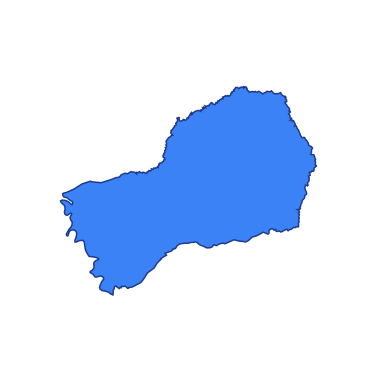 Bugalagrande, Valle del Cauca, Colombia, rotated 302°
{"feature_id": "7082276B64894766259605", "entity_name": "Bugalagrande", "entity_type": "district", "adm_level": 2, "iso_a3": "COL", "parent_name": "Colombia", "parent_adm1": "Valle del Cauca", "projection": "mercator", "projection_center": [-76.061, 4.201], "detail": "fine", "context": "isolated", "style": "filled", "palette": "blue", "viewbox_px": 384, "rotation_deg": 302, "n_neighbors": 0, "source": "geoboundaries", "source_scale": "gbopen_adm2", "svg_char_len": 6066}
<svg xmlns="http://www.w3.org/2000/svg" viewBox="0 0 384 384"><g transform="rotate(302 192 192)"><path d="M213.2,296.0L216.0,297.0L216.4,298.3L217.7,298.8L218.6,300.5L219.2,300.7L221.7,299.0L223.9,298.4L225.2,296.9L226.6,296.9L227.4,295.7L229.7,295.0L230.1,294.6L230.4,293.4L231.9,293.8L232.9,292.5L232.9,290.6L234.5,292.5L235.2,292.7L235.8,292.4L236.3,291.5L237.5,291.6L239.3,290.9L241.1,290.8L243.2,290.0L246.5,290.6L248.9,289.5L250.8,290.4L251.9,289.7L254.9,285.8L257.1,284.7L257.7,284.6L258.2,284.9L258.4,286.7L259.1,286.9L260.9,285.1L263.7,285.3L265.0,284.3L265.8,284.2L267.2,282.4L268.7,283.4L270.9,281.1L271.2,281.2L271.3,282.2L273.7,282.7L273.6,283.6L274.2,284.0L275.2,283.9L276.8,282.8L280.1,283.7L280.8,281.7L282.6,281.1L283.7,279.8L285.2,279.4L285.9,278.2L287.9,276.2L288.0,275.1L286.9,273.4L286.9,272.6L289.1,272.2L291.1,271.0L293.1,271.0L293.7,269.2L293.5,266.2L294.9,264.9L296.1,262.8L296.9,260.0L297.8,258.7L297.7,258.1L296.6,256.9L296.5,256.3L297.2,254.6L301.2,249.0L301.4,247.8L303.2,245.5L303.2,244.9L302.5,244.1L303.5,244.1L304.3,243.5L306.2,240.4L306.2,240.1L305.2,239.6L306.3,238.3L305.2,237.3L306.7,237.5L307.3,237.2L307.0,235.7L308.9,234.3L309.4,232.5L312.0,233.0L312.4,232.4L312.2,231.2L313.1,231.3L314.5,230.3L315.2,227.4L316.1,226.0L316.5,224.3L317.0,223.6L317.7,223.3L318.4,224.2L319.1,224.3L320.4,223.0L321.0,221.1L321.3,220.9L322.1,221.4L322.6,220.6L321.9,218.9L321.8,217.7L322.4,215.6L323.3,214.5L321.5,213.4L319.2,210.4L319.0,208.7L319.9,205.8L318.3,205.0L317.0,202.0L315.3,201.7L314.5,200.8L312.8,200.1L312.8,195.2L311.1,194.2L310.6,193.1L310.8,192.3L309.8,191.7L309.5,190.5L308.8,189.5L308.0,189.0L307.6,188.1L307.1,187.7L307.4,187.4L307.2,186.9L307.5,186.4L307.6,185.0L308.6,184.1L308.6,183.5L309.1,183.5L309.7,181.8L309.0,181.6L309.0,180.9L307.7,180.7L308.5,179.9L307.0,178.9L307.1,178.2L306.0,177.3L305.0,177.4L304.5,176.7L304.9,175.3L303.6,173.5L302.7,173.9L300.8,173.2L300.0,174.3L299.1,173.4L298.1,172.8L297.8,172.8L297.3,173.5L296.5,172.7L295.2,173.3L293.6,173.0L293.1,172.3L292.7,172.3L292.8,171.3L292.5,170.9L291.6,170.5L291.5,170.0L290.6,169.6L291.2,169.6L291.3,169.3L290.0,168.8L288.7,167.7L287.6,168.8L287.3,168.0L286.1,167.8L285.7,167.0L285.1,166.7L283.6,166.8L283.2,165.7L281.1,166.4L280.6,166.1L280.9,165.1L280.7,164.9L278.3,165.2L277.6,163.3L278.3,162.4L278.0,161.8L278.0,161.0L274.9,160.4L274.3,160.9L272.9,159.1L272.1,158.9L271.9,157.4L270.7,158.8L270.6,158.0L269.6,157.9L269.9,157.0L269.1,157.5L268.8,157.4L268.8,156.5L267.9,157.5L267.4,157.4L266.3,156.0L265.1,156.8L264.8,154.5L262.5,152.2L260.3,151.2L258.8,151.0L259.3,149.4L258.2,149.3L257.5,150.8L257.0,150.5L257.2,149.9L256.9,149.2L255.8,149.5L254.5,149.3L252.9,149.9L252.4,149.7L252.8,149.0L252.5,148.7L251.7,148.9L249.4,148.6L249.2,148.3L249.2,146.7L248.6,146.8L248.3,146.0L247.5,145.9L246.0,144.9L245.9,144.1L246.6,142.6L248.3,141.7L248.1,141.2L246.6,140.1L246.3,140.8L244.5,142.2L241.7,141.8L241.5,142.3L241.1,142.4L240.7,142.9L239.3,142.6L238.9,142.2L237.1,142.5L236.2,142.2L234.2,142.3L233.2,141.6L232.5,142.3L231.3,142.4L230.5,143.2L229.9,145.5L229.3,144.7L227.5,144.4L225.9,143.4L221.3,143.1L219.3,145.0L218.1,144.9L217.6,146.0L217.0,146.3L216.1,146.3L215.5,145.9L215.1,146.7L213.8,147.2L212.7,146.9L212.0,147.6L210.8,148.1L210.3,147.7L209.6,147.8L209.1,148.2L207.7,148.0L206.3,149.0L206.1,150.2L206.3,150.8L205.3,151.7L204.1,151.1L202.8,151.6L201.8,150.9L201.0,150.9L200.2,150.5L199.6,149.4L198.7,149.1L198.0,149.2L197.5,149.8L197.1,149.5L195.8,149.6L195.0,150.3L194.9,149.2L193.5,149.2L192.9,147.9L192.0,147.4L191.8,146.7L190.6,147.0L190.3,146.8L190.1,145.4L189.8,145.7L188.0,145.7L187.3,144.1L186.1,144.0L185.7,143.5L185.1,143.3L183.8,143.7L183.4,142.6L183.1,140.6L182.5,139.8L181.8,139.8L181.8,139.0L181.3,138.5L181.3,136.6L180.1,136.4L180.0,135.8L179.6,135.7L179.3,134.6L178.7,134.6L178.0,135.3L178.4,132.9L177.0,130.1L177.0,129.5L173.2,127.6L173.0,126.5L172.2,125.1L169.6,123.2L168.9,122.8L166.3,122.6L163.7,119.8L159.9,117.0L151.7,110.0L147.7,101.9L147.3,100.1L140.6,94.5L131.8,90.3L124.9,85.6L122.9,83.6L122.0,83.3L120.7,84.4L119.9,85.6L120.8,89.0L120.3,93.9L120.6,95.3L119.5,96.7L118.0,97.1L117.5,96.6L118.2,92.2L117.8,89.0L116.3,86.1L114.7,85.2L114.2,85.7L113.7,87.2L113.0,90.7L112.0,92.1L110.5,93.3L107.2,94.5L105.9,95.9L105.7,97.4L106.2,98.5L106.7,98.9L109.3,99.9L110.0,100.9L109.5,101.7L106.8,101.8L105.3,102.5L104.0,104.0L103.0,106.4L100.8,107.5L98.4,108.0L95.2,107.5L90.3,107.7L89.7,107.8L88.6,108.8L88.8,109.7L89.3,110.0L92.8,109.0L94.9,109.2L95.6,109.6L96.8,111.2L97.3,112.1L97.4,113.6L96.8,115.1L95.4,116.4L92.6,117.6L89.0,118.3L87.6,119.2L88.4,120.5L91.0,122.2L93.1,124.9L92.8,126.4L92.3,127.3L87.1,131.7L85.8,133.2L83.1,138.1L82.9,139.0L85.3,144.1L86.0,147.4L85.9,148.4L85.2,148.4L82.6,146.7L80.8,146.2L79.2,146.6L76.8,148.5L75.6,148.9L74.5,149.1L72.5,148.8L70.9,147.8L69.7,148.3L69.8,151.9L68.6,154.6L69.2,156.0L72.2,158.7L72.7,160.0L72.7,161.4L72.2,162.6L71.5,163.2L67.6,163.0L63.9,163.6L62.0,164.2L61.0,165.4L60.7,167.7L62.9,173.9L62.5,177.3L62.7,179.2L62.9,179.6L66.4,177.5L69.2,177.1L70.6,176.4L72.0,177.2L71.6,179.5L71.6,181.5L73.1,181.9L73.2,182.6L74.3,182.2L75.0,182.3L75.1,183.5L76.8,185.3L76.2,188.3L76.8,189.1L77.5,188.9L78.6,190.5L80.3,192.0L88.0,196.6L92.0,197.1L99.8,197.1L107.3,200.1L113.6,200.1L118.4,201.3L118.6,200.8L122.5,202.5L124.8,203.9L125.8,201.7L131.2,205.9L133.6,206.1L133.8,206.8L134.8,207.0L135.3,207.9L138.9,207.9L141.7,209.3L145.4,213.9L146.1,215.5L148.9,218.1L150.0,219.9L151.6,221.5L151.9,222.8L151.3,226.6L152.2,230.8L152.2,233.1L152.5,234.2L154.2,236.8L156.2,238.2L158.6,238.2L159.6,241.3L162.8,242.9L164.8,245.1L165.7,247.5L173.7,252.9L175.7,258.9L177.0,261.1L177.7,263.2L178.4,264.3L181.0,265.7L185.6,266.9L189.0,269.9L193.1,272.4L195.3,273.3L195.7,273.9L196.5,278.5L197.0,279.1L198.2,279.0L199.8,277.9L200.6,277.7L203.2,279.0L203.5,279.9L203.1,281.9L204.3,282.4L204.6,282.8L204.4,283.3L203.5,283.8L203.3,284.4L203.7,285.2L205.0,286.4L205.2,288.6L205.7,289.1L210.4,291.7L210.5,292.5L210.0,293.6L210.2,294.1L211.5,294.6L213.2,296.0Z" fill="#3b82f6" stroke="#1e3a8a" stroke-width="1.5"/></g></svg>